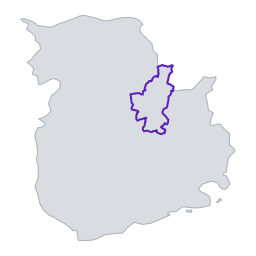 location of Kâmpóng Cham within Cambodia, rotated 270°
{"feature_id": "KHM-1784", "entity_name": "Kâmpóng Cham", "entity_type": "Province", "adm_level": 1, "iso_a3": "KHM", "parent_name": "Cambodia", "parent_adm1": "", "projection": "natural_earth1", "projection_center": [105.558, 12.075], "detail": "fine", "context": "in_parent", "style": "outline", "palette": "violet", "viewbox_px": 256, "rotation_deg": 270, "n_neighbors": 0, "source": "natural_earth", "source_scale": "10m", "svg_char_len": 6296}
<svg xmlns="http://www.w3.org/2000/svg" viewBox="0 0 256 256"><g transform="rotate(270 128 128)"><path d="M236.8,21.0L237.5,23.8L235.7,29.0L233.8,33.7L230.3,37.8L230.1,40.8L228.9,49.9L229.4,52.7L230.2,55.2L231.4,56.5L234.5,65.4L237.3,73.4L240.1,80.0L240.6,84.2L238.1,94.8L235.1,104.5L235.4,109.4L236.7,114.2L238.1,120.7L238.6,128.9L237.9,134.3L236.5,137.7L234.0,141.1L231.7,142.9L229.0,140.0L226.9,139.8L224.0,140.7L221.7,142.0L217.1,147.1L212.0,152.0L204.9,153.2L202.1,156.9L199.2,157.4L193.6,157.6L189.9,158.4L190.1,160.2L189.8,168.9L189.9,170.9L189.3,171.4L186.8,171.7L182.5,170.4L176.6,168.2L172.5,167.9L170.4,171.7L169.1,173.1L167.5,173.4L165.9,174.0L165.4,175.7L165.2,177.8L166.0,181.4L166.3,187.1L166.1,191.0L167.6,193.5L176.5,201.7L179.1,203.8L179.4,205.0L177.9,209.5L179.3,215.9L176.5,215.8L171.8,213.0L169.6,211.4L166.9,212.7L166.0,212.5L164.2,209.3L161.8,206.2L159.3,206.0L154.2,207.2L148.9,208.1L146.9,208.1L146.0,208.6L143.0,213.4L141.7,212.6L136.3,210.8L131.5,210.1L130.5,211.3L131.1,215.2L132.1,218.9L131.5,220.5L128.8,222.5L125.3,226.1L123.1,228.8L121.6,229.5L116.2,229.4L110.9,229.8L108.7,232.4L106.7,234.4L105.0,235.0L98.0,228.5L84.1,226.2L82.6,223.4L81.2,222.8L79.9,226.5L72.3,230.1L69.1,228.0L66.7,225.4L67.1,222.2L69.3,219.6L73.1,217.7L74.9,211.1L72.0,202.7L69.5,200.3L66.8,198.4L64.0,201.5L61.6,206.8L59.1,209.6L55.7,210.2L50.6,210.0L48.6,202.0L48.0,195.1L48.7,187.3L49.4,182.7L44.6,176.3L44.3,170.3L41.9,167.1L41.2,168.7L41.3,170.5L40.6,169.2L32.9,151.4L31.6,143.1L33.0,136.7L33.8,134.6L31.6,131.3L28.4,127.5L22.9,122.5L22.5,114.6L21.3,105.3L19.7,102.1L17.1,96.4L15.8,91.7L15.4,79.1L16.1,78.1L20.0,77.7L25.0,76.8L25.8,74.8L25.0,73.1L28.2,70.3L32.8,64.1L36.4,57.5L39.0,53.4L40.6,49.4L45.8,43.6L53.0,39.6L57.8,38.7L62.9,37.3L67.7,35.4L70.0,35.2L76.1,37.5L79.3,38.1L82.7,38.1L86.3,38.3L89.4,38.1L96.7,36.5L104.6,37.7L111.6,36.7L120.2,34.8L124.5,36.0L128.3,37.9L128.9,41.7L129.8,43.5L131.0,44.8L132.8,44.8L135.0,42.2L136.8,39.4L137.4,38.9L137.5,40.3L138.4,43.2L140.1,46.2L141.7,48.1L144.5,50.7L146.3,50.8L152.2,48.4L161.1,51.9L162.1,53.7L165.0,57.3L168.1,59.9L175.0,60.1L177.5,53.7L176.3,49.8L172.4,43.1L171.3,39.1L172.5,38.4L179.2,37.6L180.3,36.8L181.8,32.4L183.6,32.9L187.3,33.5L191.2,30.5L193.5,27.3L194.8,28.8L196.2,31.0L197.7,32.3L200.5,34.2L203.6,36.8L205.5,39.5L207.1,40.5L211.1,39.8L212.1,39.9L214.4,36.7L216.0,34.9L217.4,35.4L219.4,35.4L223.5,31.3L225.9,27.6L227.2,26.6L230.9,28.5L232.4,28.1L234.5,23.0L236.8,21.0ZM46.0,191.5L45.2,191.9L44.5,191.9L43.8,191.2L43.9,188.3L44.4,186.6L45.7,186.2L46.0,191.5ZM57.6,219.7L56.0,221.6L53.5,217.6L53.6,216.5L57.6,219.7Z" fill="#d9dde1" stroke="#a8b0b8" stroke-width="1"/><path d="M190.8,171.9L190.4,172.7L189.9,172.7L189.3,172.4L188.4,171.6L187.8,171.4L187.4,171.3L186.9,171.3L184.5,172.1L184.0,171.9L183.6,171.6L183.0,170.5L182.6,170.1L181.8,169.5L178.9,168.5L177.1,168.4L174.9,167.7L172.9,167.3L171.9,168.5L171.9,169.2L171.8,169.8L171.5,170.5L170.3,171.9L169.9,172.9L169.4,173.6L168.2,173.6L166.2,172.7L165.5,172.9L164.6,173.7L165.1,172.3L165.1,171.5L165.0,171.2L164.8,171.0L163.3,171.3L163.2,171.3L162.7,171.2L162.3,171.1L162.0,170.9L161.6,170.7L160.6,169.8L159.4,168.5L156.3,168.5L151.0,167.4L149.5,167.2L149.2,167.1L148.7,166.9L148.4,166.7L148.2,166.4L148.1,166.2L147.6,164.8L146.9,163.7L144.4,162.6L143.6,162.4L143.1,162.5L142.8,162.7L142.4,162.9L141.6,163.7L141.2,164.1L139.5,165.8L136.1,168.4L132.7,167.7L131.8,167.2L131.8,166.9L131.7,166.1L131.7,165.9L131.8,165.7L132.0,165.4L132.5,165.3L132.7,165.2L132.8,165.0L132.7,164.7L132.4,164.4L130.8,163.5L129.5,161.4L128.7,161.2L128.5,162.2L128.3,162.4L128.1,162.3L128.0,162.2L127.7,162.3L127.5,162.5L127.4,162.7L126.7,164.6L126.5,164.9L126.4,165.0L126.2,164.9L125.8,165.0L125.4,165.2L125.2,165.3L124.8,165.0L124.0,164.8L123.8,164.7L123.6,164.4L123.4,164.4L123.3,164.5L123.2,164.6L122.8,164.5L122.8,164.2L122.8,163.8L122.7,162.9L121.8,161.2L123.2,157.7L123.5,157.1L123.7,156.9L123.9,156.7L124.1,156.6L124.3,156.5L124.5,156.5L125.5,156.7L125.8,156.5L125.8,156.4L125.5,156.1L125.2,156.0L125.1,155.9L125.0,155.7L125.0,153.7L124.9,153.4L124.9,153.2L124.3,152.4L123.9,152.0L123.9,151.8L123.9,151.5L124.3,150.5L124.6,149.0L125.3,147.1L125.3,146.9L125.3,146.2L124.7,144.1L125.8,143.2L126.3,142.9L126.6,142.8L128.2,142.9L128.5,143.0L129.6,144.2L130.9,144.7L133.7,145.0L133.8,145.0L134.3,145.5L134.5,145.6L134.9,145.6L135.1,145.5L135.5,145.4L136.6,145.2L137.7,146.2L138.0,146.3L138.2,146.1L138.3,145.9L138.2,145.4L138.1,145.1L136.7,141.3L136.6,140.3L136.6,140.0L136.5,139.8L135.5,138.0L135.4,137.6L135.4,137.4L135.5,137.3L136.1,137.0L136.7,136.4L136.9,136.3L137.0,136.3L137.7,136.4L138.1,136.4L138.4,136.3L138.7,136.2L139.1,136.3L139.3,136.3L139.6,136.4L140.9,136.3L141.0,136.4L141.3,136.5L141.7,136.8L141.8,136.9L142.1,137.0L142.7,137.0L142.9,137.1L143.0,137.1L143.2,137.3L143.3,137.4L143.4,137.6L143.6,137.9L143.6,138.0L143.8,138.2L144.0,138.3L144.4,138.3L144.7,138.1L144.9,138.0L145.2,137.3L146.6,131.7L148.1,131.6L148.6,131.7L149.1,131.9L149.4,132.1L149.5,132.1L150.0,132.5L150.6,132.9L151.0,133.0L151.6,132.9L151.9,132.8L152.1,132.6L152.7,132.0L153.3,131.6L153.5,131.6L161.6,130.6L162.1,132.4L162.7,136.3L162.9,138.8L162.8,139.1L162.7,139.6L162.3,140.3L162.0,140.6L161.8,140.7L161.7,141.0L161.6,142.7L162.0,142.6L164.1,143.1L164.9,143.2L165.0,143.2L165.2,143.4L165.6,145.4L166.8,145.1L167.0,145.1L167.3,144.8L167.4,144.7L167.6,144.7L167.8,144.7L168.0,144.7L168.4,144.8L169.7,145.4L171.1,145.7L171.7,146.0L172.8,147.0L173.0,147.1L173.1,147.3L173.3,148.2L173.8,148.4L174.0,148.4L174.4,148.5L174.6,148.7L174.9,149.3L175.0,149.6L175.1,149.9L175.1,150.2L175.0,150.3L175.0,150.5L174.8,150.8L174.7,150.9L174.6,151.0L174.7,151.3L174.9,151.5L175.3,151.7L176.1,152.1L176.8,152.2L177.2,152.4L177.9,153.0L178.4,153.3L178.7,153.5L178.8,153.6L179.0,153.8L179.3,154.3L180.0,155.8L180.0,156.0L179.9,156.2L179.8,156.4L179.6,156.7L179.5,156.8L179.4,156.9L179.3,157.0L179.2,157.1L179.2,157.3L179.1,157.5L179.2,157.9L179.7,158.1L181.7,158.1L181.9,158.4L182.0,158.6L182.3,158.7L182.5,158.7L182.8,158.7L184.0,158.1L184.5,158.1L185.5,158.4L185.9,158.4L188.8,157.6L189.1,157.6L189.5,158.7L190.7,161.4L191.0,162.6L190.9,162.8L190.2,163.9L190.2,164.3L190.2,165.2L190.1,165.6L189.8,166.4L189.5,167.0L189.2,167.7L189.3,168.5L190.4,170.8L190.8,171.9Z" fill="none" stroke="#5b21b6" stroke-width="2"/></g></svg>